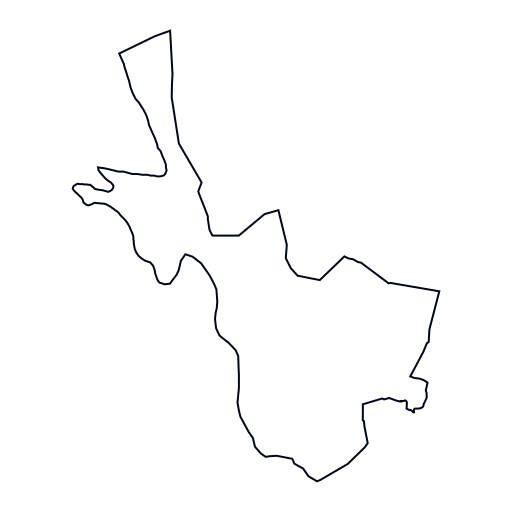 outline of Odukpani, Cross River, Nigeria
{"feature_id": "59680162B36423706884187", "entity_name": "Odukpani", "entity_type": "district", "adm_level": 2, "iso_a3": "NGA", "parent_name": "Nigeria", "parent_adm1": "Cross River", "projection": "robinson", "projection_center": [8.065, 5.245], "detail": "fine", "context": "isolated", "style": "outline", "palette": "ink", "viewbox_px": 512, "rotation_deg": 0, "n_neighbors": 0, "source": "geoboundaries", "source_scale": "gbopen_adm2", "svg_char_len": 3480}
<svg xmlns="http://www.w3.org/2000/svg" viewBox="0 0 512 512"><path d="M428.7,341.9L429.4,329.7L429.5,329.0L439.3,291.3L390.3,282.9L388.6,283.3L360.9,262.6L358.1,262.1L353.2,259.3L348.4,258.4L344.4,256.4L319.8,280.1L297.6,275.7L290.8,268.2L285.8,258.2L286.8,244.8L278.4,210.2L264.6,214.1L238.8,235.6L212.9,235.6L212.2,235.3L209.5,229.8L207.8,218.8L207.9,216.4L198.9,193.4L198.3,191.2L201.6,182.5L178.9,143.6L171.7,97.4L172.0,83.8L172.5,74.0L170.1,30.7L154.9,36.2L119.2,53.5L120.1,55.6L123.8,63.9L124.6,67.3L126.0,71.4L127.5,76.4L129.0,80.6L130.5,87.3L132.7,93.1L135.6,98.9L136.2,99.6L138.6,102.2L140.8,105.6L141.6,106.8L143.0,108.9L145.2,113.0L146.7,116.4L148.1,120.5L148.9,124.7L151.8,131.4L154.8,138.0L157.0,143.9L157.8,148.0L160.7,151.3L162.2,155.5L164.4,160.5L165.9,164.7L165.9,165.9L165.9,167.2L166.3,169.2L166.6,170.5L165.9,172.2L165.2,173.9L163.7,175.5L160.1,176.4L157.1,176.4L154.2,175.6L150.6,175.6L147.6,174.8L142.5,174.8L137.4,174.0L132.3,174.0L123.5,171.6L118.4,171.6L111.9,170.0L110.9,169.8L110.8,169.7L104.5,168.3L102.2,168.0L98.0,167.4L98.6,170.5L100.9,173.4L103.1,175.9L105.3,178.4L108.3,180.9L110.9,182.5L112.7,184.6L113.5,185.9L113.1,188.0L111.7,190.1L110.2,190.9L108.4,191.8L106.5,191.4L104.0,190.6L102.5,190.2L99.2,189.8L97.0,189.4L95.1,189.0L93.3,187.3L91.8,186.1L90.3,184.8L88.5,184.8L87.2,184.5L86.3,184.4L84.9,184.5L84.5,184.5L82.6,184.1L79.7,184.1L77.8,183.7L76.0,184.5L73.5,186.2L72.7,188.8L73.6,190.0L73.9,190.4L75.0,191.7L76.4,192.9L76.6,193.0L78.1,194.5L79.4,195.8L81.3,197.5L82.4,199.1L83.1,200.8L83.5,202.5L85.0,203.7L86.8,205.0L88.3,205.4L89.8,204.9L91.2,204.5L92.7,203.7L94.5,202.8L97.5,203.2L99.3,203.2L101.5,203.6L103.3,203.6L105.5,204.0L107.8,205.2L110.7,206.8L111.8,207.7L113.7,208.9L115.1,210.2L116.6,211.0L118.8,213.0L119.7,214.2L120.4,215.1L121.1,216.0L123.3,218.0L124.1,219.0L125.1,220.1L125.5,220.5L127.4,223.0L129.6,226.8L130.7,229.7L132.2,233.0L133.0,235.1L133.4,237.2L133.4,239.3L133.7,240.5L133.8,241.0L133.7,243.1L134.0,244.9L134.8,249.1L136.2,252.4L138.5,255.8L141.4,258.3L145.0,260.7L150.2,262.4L153.1,265.7L154.6,269.9L155.3,273.8L157.5,279.9L159.3,282.5L161.7,283.3L164.6,284.3L165.6,284.2L167.0,284.0L169.9,283.7L173.0,279.5L176.7,274.6L178.8,269.9L180.9,260.8L185.3,254.4L185.9,254.4L192.6,256.7L201.2,263.4L209.9,275.9L214.1,284.0L215.8,288.0L216.4,289.4L217.3,301.8L216.7,308.5L215.7,312.6L215.0,318.9L215.5,323.5L216.1,328.3L219.2,335.0L220.5,336.4L222.9,338.3L225.4,340.3L228.4,342.6L235.6,350.1L238.2,356.0L238.5,364.6L238.5,365.3L238.9,374.8L238.9,388.1L237.5,402.5L238.7,409.5L240.3,416.5L248.6,431.8L252.9,438.0L255.0,446.8L260.9,453.5L265.6,456.8L269.6,456.3L269.8,456.2L276.6,455.8L277.9,456.0L292.3,458.8L294.3,463.6L300.1,466.9L303.1,468.5L308.4,476.2L317.0,481.3L320.4,479.9L347.8,463.9L364.7,447.4L367.7,443.1L364.4,426.2L364.0,421.3L362.8,420.3L362.9,404.3L382.1,398.5L384.1,399.4L389.2,398.0L395.8,400.4L399.7,401.5L400.3,401.0L400.7,401.1L401.2,401.0L401.4,401.5L402.0,401.2L402.4,401.0L402.6,401.0L402.9,400.9L403.6,401.0L405.0,400.4L405.5,400.5L406.0,400.8L406.6,401.7L406.9,402.4L406.6,408.6L408.4,409.6L409.0,409.8L410.2,410.0L410.8,410.2L411.3,410.4L413.1,412.1L413.8,412.4L414.1,412.0L413.8,410.7L414.0,409.4L415.0,408.6L418.2,408.6L420.8,408.1L422.6,407.1L423.4,405.8L423.7,404.1L425.6,400.2L426.7,397.6L426.6,393.1L426.2,391.8L425.8,390.0L426.4,388.1L427.5,382.5L423.7,380.1L419.5,378.6L414.4,378.0L410.3,376.4L423.4,351.7L426.8,343.4L428.7,341.9Z" fill="none" stroke="#020617" stroke-width="2"/></svg>